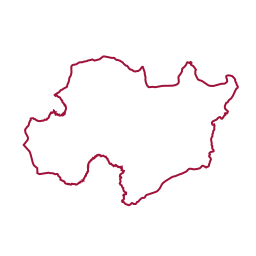 Milengi, Luapula, Zambia, rotated 280°
{"feature_id": "96606910B39507061952782", "entity_name": "Milengi", "entity_type": "district", "adm_level": 2, "iso_a3": "ZMB", "parent_name": "Zambia", "parent_adm1": "Luapula", "projection": "albers", "projection_center": [29.078, -11.938], "detail": "fine", "context": "isolated", "style": "outline", "palette": "rose", "viewbox_px": 256, "rotation_deg": 280, "n_neighbors": 0, "source": "geoboundaries", "source_scale": "gbopen_adm2", "svg_char_len": 5742}
<svg xmlns="http://www.w3.org/2000/svg" viewBox="0 0 256 256"><g transform="rotate(280 128 128)"><path d="M52.7,138.7L52.1,142.2L53.0,143.5L54.8,144.8L54.7,145.7L54.1,146.7L54.5,148.7L55.1,149.2L56.8,149.8L57.3,151.0L59.7,152.3L61.1,153.5L61.8,154.5L61.9,155.6L62.2,156.3L63.0,156.8L64.3,157.1L65.2,157.8L69.7,166.2L71.1,168.0L74.3,169.9L78.1,171.1L79.5,171.7L82.3,174.2L87.7,180.3L88.7,182.8L91.1,186.5L92.3,188.8L95.0,192.6L95.7,193.4L97.2,194.2L98.3,195.2L98.8,196.6L98.7,199.9L99.5,202.7L100.8,205.7L103.7,207.7L103.8,208.4L103.3,210.4L102.7,211.7L103.2,212.0L103.6,213.2L104.5,214.0L105.3,214.3L106.2,214.1L107.3,214.5L109.0,214.5L111.1,215.1L111.9,215.0L113.2,214.1L113.6,213.3L114.3,212.8L115.2,212.8L115.8,213.3L116.3,213.2L117.2,212.5L118.5,213.3L119.9,216.3L120.6,216.3L121.2,216.0L122.1,214.9L122.6,214.5L124.2,214.1L124.4,214.3L125.0,214.1L125.7,213.3L127.6,213.1L131.0,211.8L133.3,212.0L134.7,212.6L136.4,212.2L138.0,212.6L139.8,212.5L141.4,213.3L143.7,212.8L145.1,212.9L146.5,212.2L145.8,211.2L146.1,210.5L147.1,209.9L147.9,209.7L149.3,210.4L151.6,213.7L152.2,214.2L153.1,214.6L154.6,216.1L154.7,216.8L153.5,218.2L153.4,218.6L153.7,219.3L157.2,220.8L157.9,221.6L159.0,220.9L159.3,221.0L159.6,221.6L159.6,223.0L160.2,223.3L161.7,223.5L163.8,220.4L164.5,220.0L165.8,219.6L167.8,219.8L169.8,220.4L170.7,221.8L172.8,222.4L175.0,224.4L177.8,225.7L184.3,227.4L185.5,227.9L186.7,229.0L187.6,229.0L188.4,228.6L189.6,227.4L190.4,227.3L192.7,225.5L194.2,225.2L195.4,224.1L197.2,221.6L197.4,218.2L196.8,216.5L196.3,215.9L195.2,215.9L194.4,216.2L193.6,216.8L191.2,217.6L190.4,217.3L189.4,216.5L188.4,215.3L187.8,212.4L184.2,204.8L183.8,201.7L183.9,199.9L187.2,192.6L187.6,189.4L188.2,188.2L192.6,185.0L195.5,184.4L197.2,184.8L200.3,181.6L201.1,179.3L201.5,179.0L203.3,179.2L203.9,178.3L203.6,177.7L202.6,177.2L203.1,175.2L202.8,174.8L200.4,174.2L198.5,173.3L195.8,171.1L193.4,171.3L191.8,171.0L187.7,169.0L186.8,168.8L182.9,169.9L181.6,170.0L180.6,169.7L179.4,168.6L178.4,167.0L177.4,164.5L175.5,154.7L172.9,147.7L172.8,145.0L171.8,141.6L171.9,141.1L173.4,139.3L175.7,137.8L178.7,136.7L180.8,136.5L184.4,135.0L185.5,134.9L190.8,131.9L190.7,131.4L190.1,131.0L187.3,129.6L186.0,128.3L184.8,124.8L185.3,123.0L185.9,121.7L186.1,120.0L186.8,118.7L188.4,117.2L189.0,116.4L189.1,115.2L189.8,113.7L191.7,111.2L192.8,108.6L193.2,106.1L193.1,104.9L193.4,103.9L194.6,102.4L194.6,101.5L194.2,100.1L194.4,92.5L194.1,91.1L190.9,88.2L190.1,86.7L188.6,83.3L189.2,81.4L189.2,80.5L188.6,79.7L187.5,76.8L186.7,75.8L185.6,72.8L184.9,71.8L184.2,68.7L181.7,65.9L180.6,62.9L180.0,62.1L178.5,61.5L172.8,62.7L170.4,62.6L168.9,62.3L167.5,61.6L163.4,61.6L159.9,60.8L157.9,60.7L155.8,58.0L153.9,56.0L153.4,55.0L151.3,54.0L149.6,51.8L147.8,50.0L147.6,50.1L147.0,51.3L147.7,52.0L147.7,52.4L146.4,54.0L146.5,54.9L146.2,55.7L143.9,57.7L143.5,58.5L142.1,58.9L141.0,60.5L140.1,61.1L140.2,61.5L139.4,62.4L139.0,62.5L138.8,62.3L138.5,62.9L136.5,63.6L134.3,63.4L133.0,62.9L132.2,63.3L131.2,62.9L130.7,63.2L129.9,62.4L130.8,62.4L131.3,61.8L130.3,61.1L130.3,61.3L129.9,61.3L129.7,60.6L129.3,60.6L129.3,60.3L128.6,59.7L128.5,59.3L128.4,58.2L129.2,57.9L128.7,56.8L129.3,56.1L128.9,55.9L128.8,55.1L129.1,54.8L128.7,54.4L129.0,54.2L129.5,54.5L130.2,54.2L130.2,53.7L130.6,53.8L130.4,53.4L131.1,53.2L131.1,52.8L132.1,52.9L131.9,52.8L132.3,52.0L131.6,52.0L130.1,51.3L130.0,50.7L129.9,50.8L129.6,50.5L129.9,50.2L129.7,50.0L129.7,49.4L126.4,48.3L126.0,48.4L125.8,48.2L124.6,48.2L123.6,47.5L123.3,46.9L122.8,46.5L122.4,46.6L122.3,46.2L121.8,45.9L121.7,44.4L120.9,43.9L120.4,43.0L120.4,42.3L119.6,40.6L119.4,39.6L119.4,37.5L119.6,37.4L119.9,36.0L120.6,35.0L120.5,33.9L121.1,33.1L121.1,32.4L120.7,31.0L120.3,30.5L118.8,30.8L118.1,30.3L115.5,29.7L113.5,29.7L112.1,29.0L111.3,28.2L110.5,28.0L108.7,27.0L107.3,27.2L105.2,28.1L101.9,30.8L100.4,31.3L99.0,31.3L93.2,28.2L87.7,35.2L85.7,36.4L77.2,40.3L75.3,41.5L74.8,41.9L72.7,45.6L67.8,46.6L67.2,48.9L70.2,57.6L70.0,58.6L70.4,62.2L69.8,64.0L70.5,66.4L70.0,67.0L68.9,67.6L67.3,70.0L65.3,70.5L65.3,71.2L64.6,72.8L64.7,73.7L64.2,74.5L63.8,74.7L63.7,75.1L63.0,75.4L62.5,76.3L62.3,77.8L62.6,78.3L62.3,78.6L62.5,79.2L62.3,79.7L62.6,80.1L62.3,81.3L62.5,81.4L62.5,81.8L63.0,82.0L63.1,82.5L63.4,82.6L63.3,83.6L63.6,85.7L63.2,86.3L63.6,87.6L65.7,89.3L65.6,89.8L65.9,90.2L67.0,90.5L67.3,91.9L68.0,92.3L68.2,92.8L68.5,92.6L68.5,92.9L68.8,92.7L68.9,93.0L69.4,93.3L70.2,93.2L71.7,93.9L73.3,94.2L73.7,94.9L75.4,94.7L76.3,95.6L77.6,95.5L77.8,96.0L78.5,96.2L81.3,95.6L82.2,95.7L82.6,95.2L83.8,95.6L84.2,95.1L84.9,95.1L87.3,95.6L87.4,95.9L88.3,96.1L88.5,96.4L89.7,96.9L89.8,97.6L90.8,97.7L91.7,98.6L91.8,99.2L92.4,99.0L92.4,99.5L92.8,99.8L92.5,100.0L92.7,100.3L93.3,100.3L94.0,100.9L94.2,100.6L94.4,100.7L94.7,101.1L94.6,101.6L95.4,101.9L95.5,102.7L96.0,102.7L96.0,103.1L96.4,103.4L96.7,104.6L96.4,105.2L95.9,105.5L96.1,106.5L96.0,106.9L95.7,106.9L96.5,108.5L95.8,109.9L95.6,110.9L95.8,111.2L95.0,111.7L94.2,113.2L93.3,113.3L92.8,114.1L89.6,116.2L89.6,116.9L89.9,116.9L89.9,117.7L89.0,118.5L88.8,119.3L88.4,119.7L88.5,120.1L88.0,120.6L88.5,121.0L88.4,121.7L88.9,121.7L89.5,122.2L89.5,122.5L88.8,123.4L88.7,123.9L88.2,124.2L87.9,124.9L88.1,125.0L87.9,125.2L88.2,126.9L87.8,127.1L87.7,127.7L88.4,128.0L88.2,128.3L88.5,128.6L88.0,128.7L87.3,128.4L87.2,129.0L86.1,129.0L85.9,129.4L85.3,129.1L84.9,130.3L85.0,131.4L83.3,131.1L81.7,129.2L81.2,128.9L80.7,128.4L78.7,128.4L78.5,128.6L78.6,129.4L78.0,130.0L76.4,129.0L74.2,130.0L71.9,129.5L71.6,130.0L70.9,130.3L70.5,131.6L69.2,132.5L68.5,132.7L68.0,133.8L66.9,133.9L65.2,134.8L64.2,136.3L64.1,137.4L62.5,137.5L61.8,135.5L61.3,135.2L61.1,135.1L60.9,135.7L60.6,135.9L59.4,135.7L57.8,136.4L56.5,136.0L55.7,134.9L55.2,134.8L55.0,135.3L54.2,135.5L54.4,136.5L52.7,138.7Z" fill="none" stroke="#9f1239" stroke-width="2"/></g></svg>